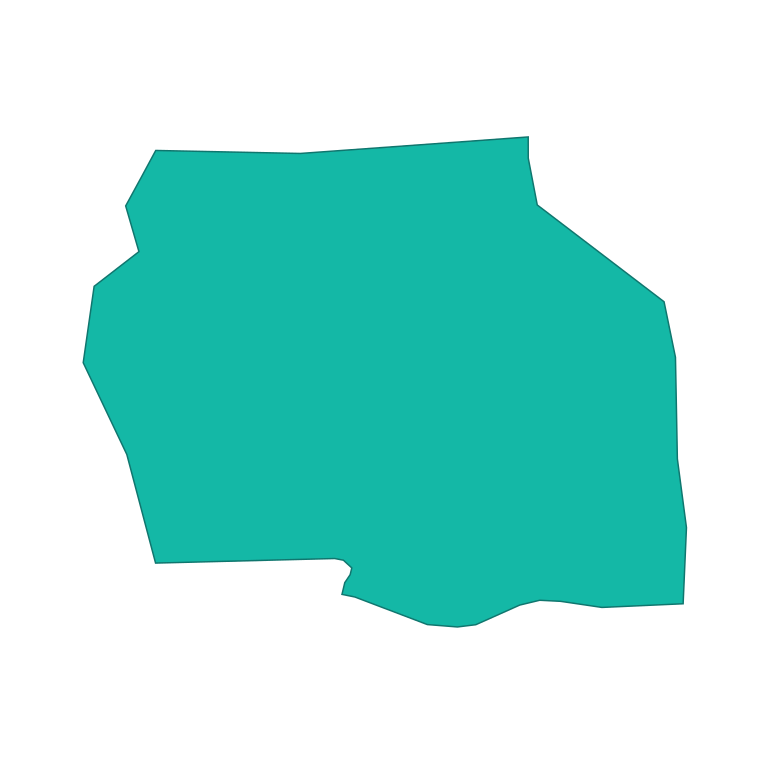 outline of Kasese, rotated 259°
{"feature_id": "UGA-3367", "entity_name": "Kasese", "entity_type": "District", "adm_level": 1, "iso_a3": "UGA", "parent_name": "Uganda", "parent_adm1": "", "projection": "natural_earth1", "projection_center": [29.908, 0.096], "detail": "fine", "context": "isolated", "style": "filled", "palette": "teal", "viewbox_px": 768, "rotation_deg": 259, "n_neighbors": 0, "source": "natural_earth", "source_scale": "10m", "svg_char_len": 554}
<svg xmlns="http://www.w3.org/2000/svg" viewBox="0 0 768 768"><g transform="rotate(259 384 384)"><path d="M209.6,317.3L218.8,310.5L222.1,302.3L251.8,125.6L363.9,118.1L462.3,92.8L535.2,118.1L560.7,168.7L608.1,164.4L633.6,185.5L656.8,204.5L626.3,345.7L599.0,572.7L578.2,568.7L530.5,568.6L411.3,674.6L354.6,675.2L254.6,657.7L185.3,653.5L111.2,635.7L123.1,555.3L137.0,515.8L142.0,495.6L141.1,475.1L130.2,428.2L131.5,409.7L139.6,380.6L180.5,314.7L185.5,302.6L196.5,307.6L203.3,314.4L209.6,317.3Z" fill="#14b8a6" stroke="#0f766e" stroke-width="1.5"/></g></svg>